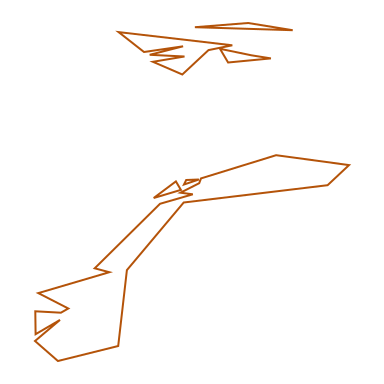 an SVG outline of Norway
{"feature_id": "NOR", "entity_name": "Norway", "entity_type": "country or territory", "adm_level": 0, "iso_a3": "NOR", "parent_name": "Europe", "parent_adm1": "", "projection": "natural_earth1", "projection_center": [16.239, 69.249], "detail": "coarse", "context": "isolated", "style": "outline", "palette": "amber", "viewbox_px": 384, "rotation_deg": 0, "n_neighbors": 0, "source": "natural_earth", "source_scale": "50m", "svg_char_len": 692}
<svg xmlns="http://www.w3.org/2000/svg" viewBox="0 0 384 384"><path d="M327.6,185.2L183.7,202.5L126.9,270.1L118.2,346.0L57.9,361.0L35.0,341.0L60.0,319.9L35.6,334.2L35.3,311.3L60.9,312.7L68.3,308.5L38.3,293.1L109.3,272.2L94.7,268.3L160.0,203.8L192.8,194.3L180.5,192.7L199.2,183.2L201.0,178.4L276.1,155.2L349.0,165.1L327.6,185.2ZM118.6,32.1L232.3,45.3L208.5,50.1L182.3,74.5L152.9,61.8L184.5,56.5L149.7,54.8L183.1,46.3L144.0,52.0L118.6,32.1ZM194.9,27.2L248.0,23.0L292.7,30.2L194.9,27.2ZM220.0,48.8L251.4,55.3L270.9,58.4L228.1,62.5L220.0,48.8ZM175.9,181.4L180.9,189.9L153.7,198.0L175.9,181.4ZM186.2,180.0L198.9,179.5L184.0,184.5L186.2,180.0Z" fill="none" stroke="#b45309" stroke-width="2"/></svg>